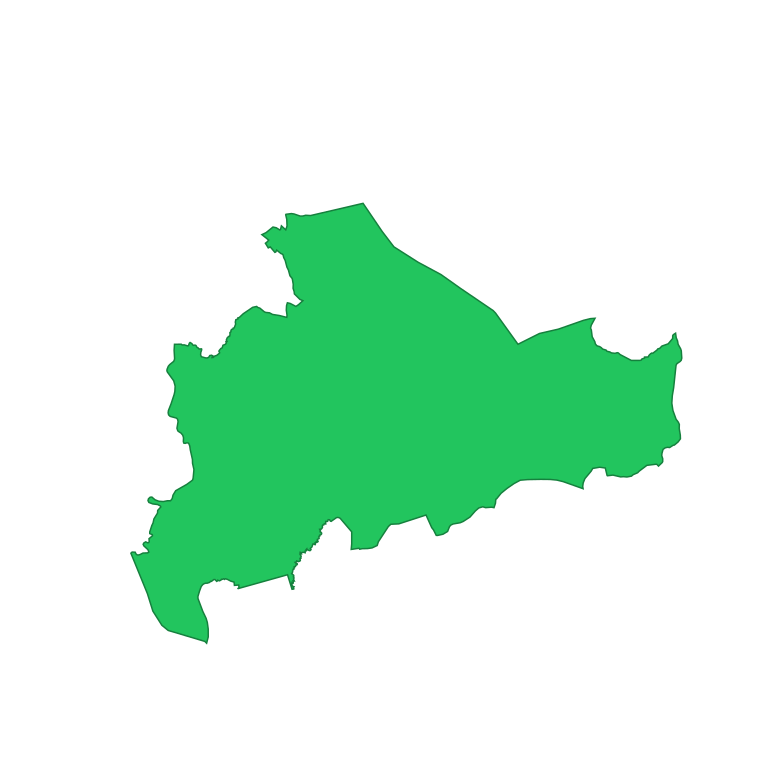 Tha Luang, Lop Buri, Thailand (orthographic projection), rotated 342°
{"feature_id": "78962969B70525804812595", "entity_name": "Tha Luang", "entity_type": "district", "adm_level": 2, "iso_a3": "THA", "parent_name": "Thailand", "parent_adm1": "Lop Buri", "projection": "orthographic", "projection_center": [101.191, 15.069], "detail": "fine", "context": "isolated", "style": "filled", "palette": "green", "viewbox_px": 768, "rotation_deg": 342, "n_neighbors": 0, "source": "geoboundaries", "source_scale": "gbopen_adm2", "svg_char_len": 6160}
<svg xmlns="http://www.w3.org/2000/svg" viewBox="0 0 768 768"><g transform="rotate(342 384 384)"><path d="M91.0,466.7L94.2,510.2L94.0,528.6L98.2,544.9L102.6,551.7L134.0,573.4L135.2,575.7L138.7,570.2L141.1,562.7L142.3,556.1L142.4,551.8L141.4,544.2L140.8,530.6L141.3,528.7L144.6,523.9L147.6,520.1L149.4,518.9L150.7,518.4L152.7,518.3L154.3,518.8L156.9,518.8L158.1,518.0L158.9,518.4L161.7,517.4L162.8,517.7L163.9,520.0L164.7,519.8L165.2,519.2L166.5,520.3L168.2,520.2L169.1,519.5L170.2,519.9L171.3,519.7L172.0,520.6L172.9,520.2L174.7,521.4L177.3,524.1L180.2,526.1L179.5,529.3L183.7,530.3L183.2,532.8L182.0,533.3L182.1,533.5L233.3,535.6L233.1,550.8L234.8,551.1L235.0,550.8L234.9,549.7L235.8,549.0L234.4,547.9L234.4,545.4L235.1,544.4L235.5,545.5L235.9,545.5L236.7,544.0L236.6,542.9L237.1,542.8L237.8,543.4L237.7,541.4L238.5,540.7L238.2,539.4L238.8,539.0L239.0,538.0L237.6,535.8L238.6,535.1L240.2,532.2L241.1,532.2L241.2,531.3L242.0,531.2L242.2,530.0L243.4,530.2L244.2,529.1L245.2,529.1L245.9,528.6L245.9,528.0L244.9,527.5L244.3,526.1L245.9,526.1L246.3,525.3L247.9,526.5L249.3,526.4L249.9,526.0L250.2,523.9L251.2,524.0L251.4,523.0L252.0,522.2L251.5,520.0L252.8,520.1L252.0,518.7L252.3,518.1L253.6,519.1L255.0,519.0L256.9,520.1L257.3,518.6L258.5,518.6L258.5,517.6L259.7,516.9L259.6,518.1L260.3,518.2L261.4,519.3L262.3,519.6L263.4,519.0L263.1,517.6L265.0,516.8L267.0,514.2L267.5,514.3L268.8,515.5L269.5,514.8L269.3,513.8L270.4,513.7L270.7,513.0L271.1,513.0L271.5,513.8L272.6,513.5L272.7,513.0L272.2,512.3L272.6,511.2L274.5,510.9L275.0,508.8L276.0,508.7L276.2,507.9L277.5,507.8L278.4,507.2L278.6,506.3L277.5,504.8L278.2,504.3L277.9,502.3L279.7,502.6L281.1,501.5L281.5,499.9L282.2,499.2L283.2,499.4L284.1,498.4L285.3,499.1L286.1,496.7L287.9,497.2L289.0,495.8L290.3,496.3L290.6,497.8L291.3,498.3L297.5,496.4L298.8,496.6L300.3,497.5L301.0,498.6L307.6,514.6L303.9,526.0L301.7,531.2L309.5,532.5L309.8,533.6L312.4,533.9L317.4,535.4L322.0,536.2L327.6,535.5L329.9,532.3L344.1,520.9L347.2,519.5L354.9,521.6L383.5,521.6L385.0,535.4L386.0,538.1L386.9,544.1L388.2,544.6L393.7,545.1L398.9,543.9L402.3,539.8L404.1,538.8L406.6,538.5L413.6,539.5L416.9,539.2L424.7,537.1L431.6,533.0L435.8,531.2L440.0,531.3L442.4,533.0L448.2,534.4L450.4,535.6L453.2,531.8L454.7,528.2L455.6,528.0L461.6,524.1L468.8,521.3L476.8,518.9L483.9,517.6L491.1,519.3L503.6,523.1L512.5,526.1L518.7,528.8L524.2,532.2L541.0,545.1L541.3,542.9L542.9,539.6L545.8,536.1L554.1,530.9L556.4,528.8L563.4,529.8L568.5,532.3L567.9,540.0L568.1,540.3L573.6,541.4L580.4,545.5L583.0,546.1L586.3,547.5L590.9,548.1L593.0,547.2L597.8,546.8L599.9,545.7L608.9,542.6L618.1,544.4L618.7,544.8L619.7,546.9L624.3,544.7L625.1,543.9L626.0,541.2L626.0,538.0L626.9,535.9L629.2,532.4L631.8,531.6L634.1,531.8L636.0,532.7L640.1,531.6L641.3,531.8L645.8,530.0L649.0,527.7L650.0,524.2L651.0,517.6L652.4,513.7L652.1,511.2L650.9,507.8L650.6,498.5L651.8,491.2L654.6,484.2L658.3,477.1L667.5,456.5L668.8,455.2L672.5,454.1L674.0,453.3L675.2,451.4L677.0,444.3L677.0,442.2L676.0,437.1L676.5,433.7L676.2,430.3L677.0,425.8L674.4,426.5L673.5,427.3L672.6,429.9L666.7,433.6L660.0,433.8L657.2,435.3L655.3,435.2L654.0,436.1L649.2,437.8L648.2,437.3L646.9,437.6L645.1,438.5L643.5,439.9L640.1,438.9L639.8,439.8L637.0,439.9L636.1,440.7L634.8,440.7L626.5,438.0L617.6,428.9L616.5,426.9L615.5,426.3L613.2,426.2L609.9,424.7L608.7,423.3L606.2,421.8L605.7,420.4L602.7,418.3L601.9,416.6L600.6,415.0L598.7,413.8L598.1,413.0L597.4,411.1L597.6,408.9L596.6,403.4L597.9,396.6L597.7,394.7L599.3,392.1L605.0,386.7L600.5,385.6L593.3,385.1L566.7,385.7L547.5,384.0L523.7,387.6L512.0,351.0L510.5,347.9L486.3,316.7L472.0,297.5L454.2,278.9L435.8,256.6L429.4,238.4L419.9,205.7L366.2,201.1L361.6,199.3L358.8,199.2L356.2,198.4L351.0,194.5L348.6,193.3L343.2,192.3L342.8,192.7L342.4,197.4L340.6,203.8L338.2,207.0L335.3,201.9L333.3,205.1L332.5,205.3L329.8,202.1L326.9,200.4L318.6,203.6L314.0,204.2L318.8,211.5L316.6,212.8L314.7,213.5L316.0,218.8L318.2,218.5L320.9,225.1L321.9,225.0L323.3,223.5L326.3,228.1L327.6,229.2L327.9,230.0L327.7,232.8L328.2,236.0L327.8,242.9L328.3,246.1L328.0,252.0L329.3,255.4L328.5,261.1L327.1,264.9L327.1,268.4L326.6,270.6L330.2,277.6L332.6,279.7L327.3,282.1L324.2,283.0L319.7,278.4L317.2,276.9L315.5,279.4L313.9,283.6L313.0,288.7L312.1,290.6L305.6,286.5L299.5,283.4L297.1,280.9L293.7,279.4L292.5,278.4L289.4,273.5L287.5,272.1L286.9,270.9L282.8,270.5L271.8,273.7L266.9,276.0L265.4,276.0L265.3,276.9L262.9,277.1L261.7,279.2L261.4,281.2L258.9,284.3L257.7,284.3L257.3,285.1L256.1,285.0L255.1,285.6L254.5,287.1L253.4,287.4L252.7,289.7L251.8,291.0L250.7,290.7L250.1,291.3L249.2,291.6L247.6,293.5L247.9,295.0L246.7,295.0L246.8,296.1L245.6,297.2L242.8,297.4L241.3,299.6L239.9,299.8L237.5,301.3L237.1,302.1L237.4,303.2L237.1,303.8L233.8,305.1L231.5,305.1L229.8,306.0L228.6,305.7L229.9,304.3L228.8,303.3L227.1,303.1L225.6,304.4L224.0,304.6L222.5,304.1L218.7,301.6L218.6,299.6L219.5,297.4L221.2,295.1L221.3,294.2L219.0,293.6L218.3,292.1L217.5,291.5L217.1,289.3L216.3,288.6L214.5,288.3L213.7,286.1L212.4,284.6L211.5,285.0L210.0,287.0L209.2,287.2L206.2,285.1L204.1,284.5L203.5,283.5L197.0,281.5L194.8,287.1L192.7,295.1L191.9,296.5L190.9,297.5L186.2,299.3L184.3,300.5L182.2,303.0L181.6,304.4L181.7,305.8L185.0,316.0L184.7,321.5L182.8,326.4L181.2,329.1L175.4,337.0L170.8,342.6L169.8,344.7L169.6,346.8L170.6,348.7L176.1,352.3L176.8,353.8L176.5,356.2L173.4,362.1L173.4,364.4L173.6,365.3L175.8,368.0L176.8,370.6L176.7,373.2L175.4,376.7L175.3,378.3L176.5,379.0L178.2,379.0L179.5,379.5L180.0,380.8L180.1,383.0L179.4,387.0L178.5,396.5L177.4,400.2L176.8,406.6L173.3,414.7L172.1,416.3L165.5,418.5L152.9,421.1L149.0,424.5L147.2,427.5L144.9,429.1L141.9,428.1L137.8,427.6L133.6,425.9L130.5,423.4L128.3,419.8L126.6,419.4L124.5,420.4L123.5,422.0L123.8,424.0L127.0,426.6L131.5,428.7L133.7,431.0L133.7,432.0L129.7,434.3L128.7,436.8L123.5,441.2L121.4,444.8L119.4,446.9L115.5,452.3L115.0,453.9L117.1,455.7L116.9,456.8L112.7,458.5L112.0,461.4L111.1,462.1L110.2,462.0L108.6,460.5L106.6,460.9L105.4,462.0L105.6,463.8L108.3,468.6L108.4,471.2L107.1,471.6L102.5,470.3L99.3,470.8L97.3,470.7L96.3,470.1L95.6,468.9L95.4,467.1L92.5,466.0L91.0,466.7Z" fill="#22c55e" stroke="#15803d" stroke-width="1.5"/></g></svg>